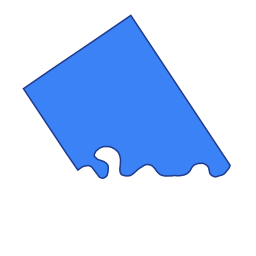 the district of Buchanan, Missouri, United States of America, rotated 236°
{"feature_id": "52423323B327676514277", "entity_name": "Buchanan", "entity_type": "district", "adm_level": 2, "iso_a3": "USA", "parent_name": "United States of America", "parent_adm1": "Missouri", "projection": "natural_earth1", "projection_center": [-94.95, 39.676], "detail": "fine", "context": "isolated", "style": "filled", "palette": "blue", "viewbox_px": 256, "rotation_deg": 236, "n_neighbors": 0, "source": "geoboundaries", "source_scale": "gbopen_adm2", "svg_char_len": 1351}
<svg xmlns="http://www.w3.org/2000/svg" viewBox="0 0 256 256"><g transform="rotate(236 128 128)"><path d="M219.1,63.3L140.6,62.7L121.1,62.9L121.1,63.0L121.3,66.3L121.2,69.2L119.5,73.4L118.4,74.8L116.2,76.0L115.2,76.2L103.5,76.8L102.1,77.5L101.0,78.4L100.1,79.8L99.9,81.7L100.1,83.2L100.4,84.1L102.1,86.1L103.3,87.3L106.7,89.8L108.3,90.5L110.5,90.4L113.0,89.6L114.4,88.7L114.5,88.7L114.8,88.4L115.0,88.3L118.5,85.6L119.3,85.1L123.0,84.4L123.6,84.4L124.5,84.9L125.1,85.7L125.9,86.9L126.8,88.8L127.2,93.0L126.9,94.9L126.0,97.8L123.4,101.6L121.4,103.4L118.4,105.1L115.7,105.9L112.9,106.3L111.8,106.2L109.1,105.5L106.1,104.2L102.0,101.2L98.7,98.4L96.7,97.2L95.2,96.6L93.8,96.5L92.9,96.6L91.2,97.8L89.3,99.6L87.5,102.7L87.2,104.0L87.2,106.7L88.2,113.8L88.0,120.3L87.7,122.0L87.2,123.2L85.4,125.4L83.5,126.7L82.6,127.0L79.2,127.6L76.4,127.6L73.6,128.0L71.4,128.6L70.3,129.3L68.1,131.2L67.0,132.6L63.4,138.2L62.9,139.7L60.9,142.0L59.1,145.0L57.7,148.3L57.2,150.7L57.1,152.2L57.7,155.1L57.9,155.7L59.7,159.1L60.2,161.2L60.3,162.1L60.0,164.1L59.2,166.6L57.2,169.8L56.5,170.7L55.5,171.3L53.7,172.2L52.0,172.6L51.0,172.7L49.4,172.4L44.8,170.5L42.5,170.6L41.3,171.1L39.9,171.9L38.7,173.0L38.3,173.7L36.3,180.3L36.2,182.6L37.7,187.8L38.6,189.9L40.0,191.8L219.8,193.3L219.5,154.4L219.4,95.9L219.1,63.3Z" fill="#3b82f6" stroke="#1e3a8a" stroke-width="1.5"/></g></svg>